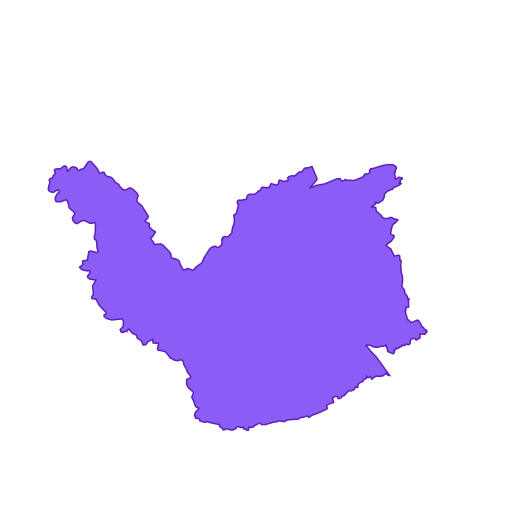 Kota Sukabumi, Jawa Barat, Indonesia (Mercator projection), rotated 63°
{"feature_id": "22746128B82825120895999", "entity_name": "Kota Sukabumi", "entity_type": "district", "adm_level": 2, "iso_a3": "IDN", "parent_name": "Indonesia", "parent_adm1": "Jawa Barat", "projection": "mercator", "projection_center": [106.928, -6.936], "detail": "fine", "context": "isolated", "style": "filled", "palette": "violet", "viewbox_px": 512, "rotation_deg": 63, "n_neighbors": 0, "source": "geoboundaries", "source_scale": "gbopen_adm2", "svg_char_len": 6112}
<svg xmlns="http://www.w3.org/2000/svg" viewBox="0 0 512 512"><g transform="rotate(63 256 256)"><path d="M255.4,93.7L253.9,93.1L253.7,90.5L252.7,90.4L250.6,93.2L251.0,96.8L249.8,96.9L248.9,96.1L244.4,94.8L244.6,93.9L243.5,93.4L241.4,90.9L240.0,90.7L237.2,92.2L234.6,96.6L232.8,102.3L231.3,111.4L230.3,114.2L231.1,114.5L231.1,116.0L233.6,116.8L233.5,119.0L232.4,121.8L234.1,124.6L233.5,132.9L232.7,135.6L231.0,137.9L229.9,140.7L228.3,141.6L228.7,143.5L228.0,145.3L227.1,146.0L225.3,145.8L224.0,148.5L222.9,162.3L220.3,170.8L220.4,174.5L219.7,176.6L215.9,167.5L214.8,166.5L201.6,165.5L201.5,167.9L199.8,173.0L201.8,176.7L200.8,179.3L202.2,184.9L200.6,188.2L200.2,191.0L200.9,192.4L202.9,192.8L203.3,193.4L202.2,197.3L199.1,200.4L199.1,201.0L201.9,203.5L202.2,205.5L198.4,209.7L201.0,213.5L197.7,219.0L197.6,220.3L199.1,221.6L199.4,222.6L199.2,224.8L199.9,226.0L200.3,229.5L198.4,232.8L198.0,234.9L198.2,236.1L201.2,239.0L199.9,242.3L200.0,243.3L198.4,245.8L198.6,247.4L200.1,248.7L202.2,248.5L203.8,249.5L209.2,254.2L209.5,257.3L215.1,259.3L218.8,262.4L219.5,263.7L221.0,264.4L222.1,265.8L224.2,266.6L226.1,271.9L225.7,273.5L224.3,275.3L224.5,277.5L224.9,278.0L225.7,277.9L225.9,279.1L229.4,280.5L230.4,281.7L231.2,284.5L231.3,285.8L228.5,288.3L228.1,292.0L228.9,294.5L234.1,303.3L237.6,307.3L238.4,313.6L240.2,318.7L236.2,322.3L235.8,323.9L236.2,326.2L235.3,327.0L230.7,327.4L225.4,326.8L223.2,327.9L219.5,332.0L218.1,332.1L215.8,331.0L213.1,331.2L204.1,333.9L202.0,335.3L199.6,341.3L196.9,341.1L192.4,342.1L191.7,339.3L189.2,334.8L188.2,334.8L185.8,336.5L181.3,337.9L179.6,336.5L178.5,336.4L175.4,338.9L174.2,338.8L173.4,335.8L171.8,333.9L159.1,335.0L154.6,337.0L152.7,337.2L148.3,333.4L145.6,333.6L140.2,335.6L138.3,337.1L137.7,338.9L138.2,340.0L137.8,342.4L136.7,344.2L132.6,345.7L129.6,345.9L127.0,347.7L121.5,348.7L119.6,349.9L117.0,352.9L115.3,353.5L112.3,353.4L111.6,354.8L111.7,356.8L111.1,357.9L107.8,357.7L104.3,358.2L96.9,360.2L96.0,361.5L96.2,363.1L100.2,370.5L99.2,372.1L99.6,374.6L99.0,375.3L95.7,376.1L93.6,378.2L93.2,380.9L95.0,384.8L94.8,385.5L90.7,384.3L89.1,385.1L88.7,386.9L89.6,390.6L88.1,393.3L87.5,396.0L88.3,396.9L91.5,397.3L92.4,400.3L94.1,401.7L93.6,403.9L94.3,405.8L96.0,406.0L98.0,407.1L99.3,408.7L102.1,410.7L103.6,411.0L106.5,409.1L107.4,406.8L107.0,405.5L107.4,402.3L108.8,401.8L109.9,402.5L110.3,404.9L112.7,408.1L114.8,409.4L116.9,409.4L119.0,405.4L119.6,399.7L120.8,399.2L123.6,399.4L128.3,400.6L135.1,397.9L136.2,398.6L138.5,402.2L141.2,403.0L144.7,402.1L146.0,400.6L145.5,396.1L146.4,392.7L151.1,389.4L152.4,387.4L152.6,384.8L153.9,384.5L155.9,385.1L163.5,389.4L165.5,391.5L167.8,392.2L169.6,391.1L177.1,394.1L180.5,394.6L180.8,396.2L177.3,399.9L176.1,402.3L176.4,403.1L182.9,408.1L183.0,409.1L181.7,412.2L182.4,413.2L185.0,414.0L185.8,418.2L188.2,417.8L189.8,416.7L192.6,413.2L193.4,410.9L194.8,411.1L196.4,412.9L197.4,415.2L198.6,415.7L201.0,414.7L204.8,409.6L208.5,415.2L216.0,418.1L217.8,420.9L219.1,421.6L219.8,421.3L220.9,419.1L222.2,418.1L228.5,418.1L238.4,415.2L239.7,415.8L239.4,417.9L240.7,418.8L243.7,417.6L247.5,413.6L251.3,403.7L254.1,403.8L258.4,406.3L260.0,410.5L262.9,410.6L263.7,408.9L264.3,405.3L264.3,404.5L263.4,403.7L263.3,402.5L268.9,401.1L272.1,398.6L273.8,398.2L274.2,399.0L275.1,399.1L279.3,396.7L284.2,396.9L285.0,394.4L283.3,391.3L283.3,385.8L286.7,387.2L288.5,384.5L288.9,382.9L289.8,382.5L294.0,386.0L295.7,385.9L296.8,383.9L300.4,380.1L308.4,378.5L310.3,376.7L311.4,376.4L313.8,373.4L314.3,370.1L315.5,369.2L317.3,368.8L319.8,369.6L325.1,369.3L328.7,369.9L333.6,368.7L334.6,370.3L334.6,374.0L339.1,376.1L343.0,375.9L348.7,373.7L349.9,374.1L352.5,377.2L353.5,377.5L356.6,377.3L362.2,378.2L364.5,377.3L365.0,376.1L365.5,376.0L366.5,376.9L367.5,380.6L369.6,382.7L370.4,383.4L371.2,382.7L373.1,383.5L374.9,380.8L376.8,380.5L377.3,380.9L379.1,379.2L381.1,376.8L381.5,374.6L384.0,372.1L389.3,365.5L389.8,365.1L391.1,365.7L392.9,365.2L393.7,364.3L396.0,364.2L396.6,362.8L396.4,360.9L400.3,356.4L400.7,352.9L400.5,351.8L399.6,351.1L399.6,349.8L402.1,347.2L402.7,345.0L404.5,345.4L405.5,344.1L407.3,343.1L407.7,341.6L405.3,340.3L407.2,336.1L406.6,335.5L406.4,329.0L407.1,328.1L408.6,327.8L410.4,324.4L412.2,314.8L413.2,313.0L412.9,311.0L416.6,305.7L416.2,303.7L416.8,301.1L420.6,292.2L420.0,290.0L421.4,286.3L421.2,285.1L422.0,282.7L423.8,282.3L423.3,277.9L424.1,273.0L424.5,262.2L423.9,261.5L421.3,261.0L421.0,258.5L421.7,253.2L417.3,252.4L417.0,249.4L418.3,247.3L420.4,247.6L420.8,246.8L421.0,244.3L420.0,242.8L420.4,240.7L418.0,234.6L419.4,232.5L419.6,229.3L417.7,226.6L419.2,225.6L419.3,224.9L417.1,223.7L416.6,222.9L416.0,220.4L416.4,217.8L415.0,215.9L415.2,213.4L413.2,212.0L415.3,211.3L415.4,208.9L418.4,208.7L417.4,204.9L417.8,204.3L417.6,203.3L419.3,200.7L420.4,197.4L419.7,193.1L422.2,192.6L423.1,191.2L400.9,194.6L392.8,197.0L385.6,198.6L385.8,197.4L388.1,194.0L390.2,192.8L392.2,190.0L393.5,184.9L394.4,183.3L394.4,180.6L395.2,181.2L398.1,181.1L400.9,182.0L405.5,178.0L404.4,176.2L402.5,175.7L402.9,173.9L401.8,173.0L402.9,170.7L402.2,168.8L402.8,167.7L401.8,166.4L403.1,164.4L402.8,161.6L404.0,161.0L404.4,159.9L403.9,158.3L401.3,156.9L400.5,155.2L401.4,152.0L403.7,151.5L403.4,147.0L400.0,145.2L402.4,141.2L401.9,139.5L400.7,138.7L400.9,137.9L399.3,137.9L398.1,139.2L395.6,139.3L395.2,140.0L388.5,140.2L386.4,141.1L386.0,146.3L385.3,148.4L382.7,148.9L381.4,149.8L372.5,148.1L372.7,147.3L370.0,145.7L370.8,143.2L365.0,140.4L363.9,139.1L362.8,140.4L361.5,139.6L359.0,139.7L357.6,140.4L353.7,139.2L349.2,139.9L345.2,137.0L340.9,134.8L336.4,134.0L329.7,131.1L325.8,128.7L325.1,129.7L321.1,127.9L319.9,128.8L318.9,132.9L310.9,132.7L305.9,135.4L304.8,132.9L304.3,129.0L302.2,124.9L300.6,123.8L297.3,126.2L291.0,121.0L289.7,118.8L289.9,117.5L288.3,113.2L286.3,114.9L285.7,116.3L283.3,117.6L282.3,119.8L282.6,121.5L280.4,125.1L278.0,126.1L276.1,126.0L274.8,127.1L272.9,127.3L271.0,128.5L267.0,127.3L264.9,130.5L263.7,125.4L262.5,125.1L264.4,123.1L263.8,117.8L261.6,114.8L259.5,113.8L258.2,110.9L257.9,107.9L258.5,103.9L257.5,102.7L257.9,96.5L257.5,94.1L257.2,93.8L256.0,95.3L255.4,93.7Z" fill="#8b5cf6" stroke="#5b21b6" stroke-width="1.5"/></g></svg>